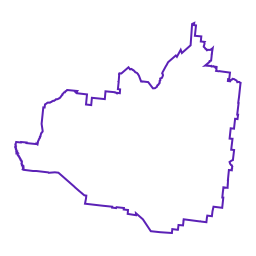 Quilpie, Queensland, Australia (Robinson projection)
{"feature_id": "25037944B55337411871300", "entity_name": "Quilpie", "entity_type": "district", "adm_level": 2, "iso_a3": "AUS", "parent_name": "Australia", "parent_adm1": "Queensland", "projection": "robinson", "projection_center": [143.431, -26.15], "detail": "fine", "context": "isolated", "style": "outline", "palette": "violet", "viewbox_px": 256, "rotation_deg": 0, "n_neighbors": 0, "source": "geoboundaries", "source_scale": "gbopen_adm2", "svg_char_len": 5357}
<svg xmlns="http://www.w3.org/2000/svg" viewBox="0 0 256 256"><path d="M22.7,169.7L33.0,171.0L36.4,171.0L48.3,172.4L48.7,172.8L54.8,172.3L58.4,172.7L74.5,186.8L74.7,187.1L79.3,191.1L84.3,195.3L86.3,195.6L86.0,198.5L85.0,203.7L102.4,205.7L112.2,206.7L112.1,207.6L116.1,208.1L116.5,207.2L123.9,208.0L123.7,209.5L128.0,210.0L127.7,213.9L136.0,215.2L135.9,213.2L142.9,219.3L150.8,231.2L160.1,232.2L171.9,233.0L172.3,229.1L177.9,229.8L178.0,229.5L178.0,229.3L178.5,225.0L183.0,225.4L183.5,221.4L183.4,221.1L183.5,221.0L183.7,219.3L199.7,221.4L200.4,221.3L200.7,221.5L206.4,222.2L206.9,217.7L207.3,215.6L211.9,216.2L212.5,211.2L213.5,206.7L222.2,207.8L223.3,197.6L222.3,197.5L223.0,190.8L223.1,190.6L223.1,190.4L223.4,187.3L224.9,187.5L225.0,187.8L225.4,187.8L226.0,187.7L227.6,187.8L227.7,184.5L227.8,184.5L228.0,180.2L227.9,180.1L228.1,179.7L228.0,179.3L228.9,170.0L231.8,170.3L231.8,169.0L232.0,168.8L231.9,168.5L232.1,168.3L232.1,166.8L232.3,166.6L231.8,165.3L231.0,165.0L230.1,163.7L229.8,162.8L229.8,162.3L229.6,162.0L231.5,160.6L232.9,160.1L234.1,150.0L231.2,149.7L232.5,138.8L232.0,138.8L231.7,138.7L231.5,138.8L229.6,138.6L230.7,128.3L234.0,128.7L235.1,118.8L237.5,119.1L238.1,114.7L237.2,114.6L238.6,103.0L238.2,102.9L239.0,97.2L240.4,84.1L240.5,83.3L240.6,83.1L240.6,82.8L239.7,82.5L239.3,82.0L238.4,81.9L237.3,82.2L236.6,80.6L234.5,79.4L234.1,79.1L232.5,78.8L231.9,79.7L230.7,80.1L230.2,81.3L227.9,81.0L228.1,79.1L229.2,79.2L230.0,72.6L220.3,71.3L219.7,71.1L218.8,71.3L216.1,70.9L216.3,70.3L216.3,70.0L216.5,69.4L216.5,68.8L215.8,68.1L216.5,67.7L216.6,67.4L216.6,66.9L214.9,66.7L214.2,66.6L213.9,66.4L213.8,66.6L213.1,66.4L212.9,66.5L211.9,66.3L211.8,66.2L211.7,66.4L211.4,66.5L210.8,66.0L209.8,65.9L209.6,65.8L208.9,65.9L208.5,65.7L208.4,65.8L206.7,65.7L205.9,65.5L205.1,65.6L208.8,62.5L209.4,62.2L209.4,61.3L209.7,61.0L210.4,60.9L210.6,60.7L211.1,60.6L211.6,56.4L211.6,55.8L211.8,54.6L211.7,54.6L211.7,54.3L211.8,54.2L212.1,51.9L212.7,48.1L212.4,48.4L212.1,48.6L211.5,49.0L210.9,49.4L210.6,49.8L209.5,49.9L207.7,49.8L207.2,50.2L206.9,50.3L206.4,49.6L206.3,49.2L206.1,49.0L205.5,48.9L204.7,47.6L203.8,46.9L203.7,46.5L204.5,43.9L204.5,43.2L204.2,42.5L204.6,41.9L200.8,41.5L201.3,36.4L194.9,35.8L196.0,25.4L193.9,25.1L194.2,23.0L192.1,24.0L190.6,45.3L181.9,53.0L180.7,49.8L176.9,56.8L175.8,55.5L168.1,62.2L166.4,65.4L165.9,66.1L162.4,72.6L162.2,73.5L162.6,73.8L163.0,75.1L162.6,76.4L161.9,77.9L160.2,78.5L160.1,78.9L160.4,80.1L160.1,80.7L159.6,81.0L159.7,82.7L159.3,83.1L159.2,83.2L159.3,83.5L158.6,84.2L158.3,84.9L157.9,84.9L157.2,85.5L157.1,86.6L155.5,87.8L155.2,88.1L154.9,88.2L153.7,88.3L153.0,88.3L152.9,88.3L148.2,82.1L142.2,81.4L142.2,81.6L141.1,81.5L138.9,75.6L138.0,74.3L138.0,74.1L136.9,72.9L135.2,72.2L134.9,71.6L133.7,70.5L133.5,70.2L132.9,70.1L132.6,69.7L131.9,69.4L131.6,69.0L131.2,68.9L130.5,69.3L130.1,69.4L129.9,69.3L129.8,68.9L129.6,68.7L129.4,68.5L128.5,67.3L121.3,73.5L119.4,73.3L119.3,73.5L119.1,73.7L119.0,74.4L119.2,74.6L118.7,81.2L118.4,81.6L118.6,81.9L118.7,82.2L118.6,82.5L117.9,89.1L120.1,89.4L119.8,93.2L116.5,92.8L116.5,93.1L115.4,92.4L115.0,92.5L114.7,92.2L109.4,91.7L105.5,91.3L104.8,99.1L91.9,97.8L91.2,105.1L86.0,104.5L87.0,94.4L76.6,93.2L76.0,92.6L76.5,92.6L76.9,92.4L77.1,91.3L77.3,91.0L67.1,90.0L66.8,90.4L66.7,90.6L66.3,90.8L66.0,91.0L65.6,91.2L65.6,91.4L65.3,91.6L65.0,92.2L64.7,92.1L63.8,92.6L63.1,93.7L62.3,94.3L62.3,95.0L61.9,95.2L61.2,96.3L60.8,96.5L60.4,97.4L60.1,97.7L59.6,98.0L59.4,98.3L58.6,98.5L58.3,98.8L57.4,99.2L56.5,99.3L56.1,99.2L55.2,100.1L54.3,100.5L54.0,100.9L53.7,100.9L53.1,100.8L52.9,100.9L52.4,101.2L52.2,101.2L51.5,101.9L50.7,102.1L50.2,102.5L50.0,102.4L49.5,102.7L48.6,102.7L48.1,102.5L47.3,102.8L46.4,103.6L45.7,104.0L45.0,104.4L44.6,107.5L43.3,107.4L41.6,123.9L42.7,131.2L42.6,131.5L42.4,131.9L42.1,132.2L41.9,132.3L41.8,132.5L41.6,132.6L41.5,132.8L41.5,133.0L41.1,133.4L41.1,133.7L40.8,134.4L40.8,134.7L40.5,135.6L40.6,136.0L40.2,136.4L40.2,136.7L40.0,136.8L40.0,137.0L39.9,137.0L39.9,137.4L39.6,138.0L39.7,138.3L39.4,138.7L39.0,139.0L38.8,139.3L38.8,139.6L38.6,140.4L37.9,141.4L37.9,142.6L37.5,144.4L36.6,143.7L36.6,144.1L26.5,143.1L26.6,142.5L21.0,142.0L20.9,142.5L16.2,142.0L16.1,142.6L15.5,144.0L15.4,144.5L15.5,144.6L15.4,144.7L15.5,145.0L15.6,145.3L15.5,145.8L15.6,146.0L15.8,146.1L15.7,146.3L15.8,146.6L15.6,146.7L15.8,146.9L15.5,147.2L15.6,147.3L15.5,147.5L15.8,147.6L15.8,147.9L16.0,148.3L16.1,148.7L16.0,148.9L15.8,148.9L15.8,149.1L15.9,149.4L16.1,149.5L16.0,149.8L16.3,150.2L16.3,150.6L16.2,150.5L16.4,150.9L16.4,151.3L16.6,151.2L16.6,151.7L16.8,151.4L16.9,151.6L17.0,151.6L16.9,151.9L17.1,151.8L17.3,152.2L17.3,152.4L17.4,152.5L17.2,152.5L17.4,152.7L17.4,153.0L17.5,152.9L17.6,153.1L17.4,153.4L17.7,153.6L17.6,153.8L17.6,154.1L17.8,154.5L17.7,154.8L17.8,155.0L18.3,155.8L18.4,155.7L18.7,155.7L18.8,155.9L18.7,156.3L19.3,157.0L19.4,157.6L19.6,157.8L19.8,157.8L19.8,158.2L20.2,158.7L20.3,159.4L20.6,159.4L20.6,159.8L21.0,160.1L20.9,160.3L21.1,160.8L21.4,161.0L21.5,161.0L21.6,161.3L21.9,161.4L21.9,162.3L21.7,162.5L21.7,163.0L21.6,163.4L21.5,163.6L21.9,163.9L22.2,164.5L21.9,164.7L22.2,165.3L22.1,165.5L22.4,165.6L22.6,166.2L22.8,166.1L23.0,166.2L23.4,166.1L23.5,166.6L23.1,167.3L23.5,167.6L23.4,167.9L23.1,168.1L23.5,168.7L23.1,168.7L23.1,168.8L23.2,169.0L23.1,169.4L22.9,169.3L22.7,169.3L22.6,169.5L22.8,169.7L22.7,169.7Z" fill="none" stroke="#5b21b6" stroke-width="2"/></svg>